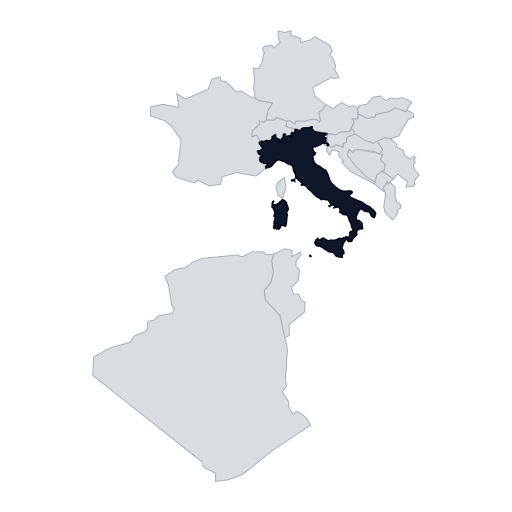 Italy and the surrounding countries
{"feature_id": "ITA", "entity_name": "Italy", "entity_type": "country or territory", "adm_level": 0, "iso_a3": "ITA", "parent_name": "Europe", "parent_adm1": "", "projection": "natural_earth1", "projection_center": [11.757, 41.885], "detail": "fine", "context": "with_neighbors", "style": "filled", "palette": "ink", "viewbox_px": 512, "rotation_deg": 0, "n_neighbors": 14, "source": "natural_earth", "source_scale": "50m", "svg_char_len": 11611}
<svg xmlns="http://www.w3.org/2000/svg" viewBox="0 0 512 512"><path d="M254.5,97.4L258.9,100.6L272.7,102.9L267.7,111.3L266.3,120.1L263.6,122.2L259.2,121.1L259.5,124.2L252.2,131.2L251.9,136.8L256.6,134.8L259.8,140.3L259.4,143.8L262.2,148.5L258.7,152.3L261.0,161.9L266.4,163.5L265.1,168.9L256.0,176.0L236.5,172.6L222.0,176.7L220.6,184.2L209.0,185.9L198.0,180.2L194.3,182.9L176.2,177.2L172.5,172.3L178.0,164.8L181.2,140.0L171.9,127.0L165.1,120.7L150.6,116.0L150.3,107.0L163.0,104.3L179.0,107.5L176.8,93.6L185.5,98.9L208.3,89.3L211.7,79.3L220.1,76.9L221.3,81.1L225.7,81.3L236.4,92.0L241.4,91.0L251.7,97.7L254.5,97.4ZM278.0,182.3L284.4,177.5L286.0,188.2L282.6,198.0L278.1,195.4L275.9,186.9L278.0,182.3Z" fill="#d9dde1" stroke="#a8b0b8" stroke-width="1"/><path d="M284.2,338.3L279.9,315.5L265.1,299.7L264.3,290.1L270.7,283.0L273.2,272.6L271.7,260.5L273.9,254.0L285.0,248.8L292.2,250.4L291.8,256.8L300.5,252.1L301.2,254.5L296.1,260.8L296.0,266.6L299.5,269.8L298.2,280.8L291.4,287.1L293.3,294.1L298.6,294.3L301.2,300.3L305.1,302.3L304.5,312.1L289.1,324.7L289.3,335.3L284.2,338.3Z" fill="#d9dde1" stroke="#a8b0b8" stroke-width="1"/><path d="M92.7,375.3L93.7,356.9L111.0,347.6L130.3,342.2L134.5,335.8L146.9,330.8L147.8,321.4L153.8,320.3L158.7,315.6L172.4,313.4L174.4,308.5L171.8,305.8L168.4,284.6L164.9,276.5L175.0,269.6L186.2,267.4L192.8,262.1L202.8,258.3L237.1,255.0L242.2,256.9L251.9,251.9L262.8,251.8L266.9,254.7L273.9,254.0L271.7,260.5L273.2,272.6L270.7,283.0L264.3,290.1L265.1,299.7L279.9,315.5L287.5,349.5L285.5,378.6L286.4,386.6L282.2,391.9L288.4,401.2L288.7,406.6L292.5,413.7L297.5,411.4L305.8,417.3L310.5,425.2L273.9,449.4L242.7,474.4L227.6,480.0L215.6,481.3L215.6,473.2L204.1,467.5L201.6,461.6L92.7,375.3Z" fill="#d9dde1" stroke="#a8b0b8" stroke-width="1"/><path d="M358.1,108.1L357.8,118.9L352.3,119.0L354.3,121.6L349.4,131.7L340.9,132.0L336.0,134.8L313.9,130.7L311.8,126.4L302.1,128.5L301.0,130.9L285.8,126.5L286.9,121.3L289.9,120.6L294.8,124.0L296.2,120.8L304.7,121.3L311.6,119.1L316.3,119.5L319.3,122.0L320.2,119.9L318.8,111.9L322.3,110.3L325.6,104.6L332.8,108.6L341.5,102.6L349.1,106.4L353.6,105.8L358.1,108.1Z" fill="#d9dde1" stroke="#a8b0b8" stroke-width="1"/><path d="M407.6,110.2L413.1,113.6L414.0,116.9L408.2,119.5L398.4,136.3L390.6,138.6L384.5,138.0L373.5,143.2L365.4,140.8L354.8,133.9L352.8,129.7L351.2,129.6L354.3,121.6L352.3,119.0L357.8,118.9L358.4,113.9L367.0,118.4L375.1,116.9L375.8,114.4L389.8,111.4L395.1,107.7L405.6,111.5L407.6,110.2Z" fill="#d9dde1" stroke="#a8b0b8" stroke-width="1"/><path d="M330.0,45.4L332.3,51.5L329.7,54.7L333.1,59.0L335.6,65.5L334.9,69.6L338.9,77.4L334.7,78.6L332.1,77.2L312.5,87.6L315.2,96.4L325.6,104.6L322.3,110.3L318.8,111.9L320.2,119.9L319.3,122.0L316.3,119.5L311.6,119.1L304.7,121.3L296.2,120.8L294.8,124.0L289.9,120.6L286.9,121.3L276.6,117.5L274.6,120.2L266.3,120.1L267.7,111.3L272.7,102.9L258.9,100.6L254.5,97.4L255.1,92.1L253.3,89.3L254.6,81.1L253.4,68.3L259.0,68.3L261.5,63.8L264.2,52.7L262.5,48.7L264.4,46.1L272.2,45.5L273.9,48.1L280.3,42.2L278.3,37.7L278.0,31.0L285.0,32.5L290.9,30.7L291.0,35.3L300.4,38.1L300.3,42.4L309.8,40.1L315.0,36.8L330.0,45.4Z" fill="#d9dde1" stroke="#a8b0b8" stroke-width="1"/><path d="M400.8,204.7L400.8,208.0L397.5,209.9L397.1,214.0L392.6,220.1L384.9,212.2L383.8,206.2L385.7,193.7L383.2,187.7L387.3,181.5L388.0,183.9L390.7,182.8L395.3,187.4L395.0,196.3L396.6,201.7L400.8,204.7Z" fill="#d9dde1" stroke="#a8b0b8" stroke-width="1"/><path d="M354.8,133.9L365.4,140.8L373.5,143.2L377.1,141.3L382.9,149.7L379.2,154.4L374.7,151.6L359.4,149.7L354.8,150.0L352.8,152.6L349.2,149.7L347.2,154.9L366.7,177.3L375.6,182.0L374.6,184.1L350.1,171.3L341.6,162.1L343.6,161.1L339.1,155.9L338.8,151.7L332.5,149.7L329.5,155.1L326.6,150.9L327.1,146.4L334.0,146.8L335.7,144.7L342.9,147.0L342.9,143.5L346.2,142.2L347.1,137.2L354.8,133.9Z" fill="#d9dde1" stroke="#a8b0b8" stroke-width="1"/><path d="M286.9,121.3L285.8,126.5L295.1,129.1L294.3,134.2L290.0,136.3L282.8,134.7L280.6,139.7L276.0,140.1L274.3,138.1L268.7,142.4L264.0,143.0L259.8,140.3L256.6,134.8L251.9,136.8L252.2,131.2L259.5,124.2L259.2,121.1L263.6,122.2L266.3,120.1L274.6,120.2L276.6,117.5L286.9,121.3Z" fill="#d9dde1" stroke="#a8b0b8" stroke-width="1"/><path d="M327.9,133.9L336.0,134.8L340.9,132.0L349.4,131.7L351.2,129.6L352.8,129.7L354.8,133.9L347.1,137.2L346.2,142.2L342.9,143.5L342.9,147.0L335.7,144.7L334.0,146.8L327.1,146.4L329.3,145.3L326.9,140.0L327.9,133.9Z" fill="#d9dde1" stroke="#a8b0b8" stroke-width="1"/><path d="M411.8,102.1L405.6,111.5L395.1,107.7L389.8,111.4L375.8,114.4L375.1,116.9L367.0,118.4L358.4,113.9L357.4,109.6L359.4,105.4L366.9,104.3L373.1,97.1L380.4,96.1L385.4,100.5L391.0,97.8L395.6,99.1L402.4,97.4L411.8,102.1Z" fill="#d9dde1" stroke="#a8b0b8" stroke-width="1"/><path d="M375.6,182.0L366.7,177.3L354.4,164.6L347.2,154.9L349.2,149.7L352.8,152.6L354.8,150.0L359.4,149.7L382.8,154.3L380.5,159.8L385.4,164.6L384.2,170.5L376.9,175.1L375.6,182.0Z" fill="#d9dde1" stroke="#a8b0b8" stroke-width="1"/><path d="M377.1,141.3L384.5,138.0L390.6,138.6L396.1,143.5L397.4,147.4L403.5,150.4L404.4,155.5L410.3,159.1L413.3,156.3L415.8,157.9L413.6,160.0L415.5,162.2L413.2,165.0L414.3,169.6L419.3,175.0L415.7,178.9L414.2,182.9L415.3,184.4L413.8,186.1L405.8,187.1L407.6,181.6L397.8,174.2L392.4,180.0L393.2,178.9L381.8,171.1L384.2,170.5L385.4,164.6L380.5,159.8L382.8,154.3L379.2,154.4L382.9,149.7L377.1,141.3Z" fill="#d9dde1" stroke="#a8b0b8" stroke-width="1"/><path d="M393.2,178.9L388.0,183.9L387.3,181.5L383.2,187.7L383.9,191.7L374.6,184.1L376.9,175.1L381.8,171.1L393.2,178.9Z" fill="#d9dde1" stroke="#a8b0b8" stroke-width="1"/><path d="M261.6,141.1L262.6,141.7L264.6,141.3L266.6,140.4L269.1,141.1L271.1,140.0L271.3,139.5L272.4,138.2L272.4,137.8L272.0,137.0L272.1,136.8L273.5,135.9L274.2,135.2L274.9,134.7L275.4,134.6L275.6,135.2L275.5,136.7L275.7,137.1L277.5,138.8L279.2,139.2L279.3,139.4L278.8,140.2L279.8,141.2L280.0,141.9L280.5,142.3L281.2,142.1L281.4,141.7L280.9,140.4L281.0,140.0L281.2,139.5L283.0,137.5L283.4,136.6L283.5,134.3L284.0,134.0L285.2,134.2L285.7,135.8L286.1,136.4L287.2,136.5L289.6,135.6L290.2,135.7L291.1,137.2L291.5,137.3L292.0,137.2L291.8,135.7L291.6,135.0L291.2,134.6L291.1,134.2L291.6,132.7L292.7,132.5L293.4,133.2L294.3,133.4L295.0,133.4L295.1,132.9L295.1,132.5L294.7,131.9L294.7,131.1L295.2,129.5L297.5,129.7L298.2,130.3L298.9,130.6L300.5,130.5L300.8,130.3L301.2,129.5L301.8,128.6L302.9,128.1L305.7,127.8L308.1,128.0L311.9,126.8L312.2,126.9L312.2,127.0L311.5,128.0L311.8,128.6L312.9,129.8L314.1,131.5L315.0,131.8L321.7,133.1L324.8,133.3L326.9,133.7L326.7,134.4L325.5,135.0L324.0,136.2L323.8,136.9L324.0,137.4L324.2,137.5L324.5,137.4L324.9,137.5L326.2,138.0L326.3,138.2L326.1,138.5L324.8,139.7L324.8,140.3L325.1,140.5L325.9,140.4L326.1,140.7L325.7,142.2L325.8,142.5L326.6,142.8L327.2,143.1L328.2,144.2L328.7,145.0L328.4,145.2L327.7,145.4L327.2,145.3L327.8,144.8L326.2,143.0L325.6,143.0L324.6,143.8L322.1,143.0L321.6,143.3L321.3,143.9L320.4,144.7L319.1,145.0L317.8,145.8L315.2,146.9L314.5,146.8L315.6,145.8L315.1,145.8L313.8,146.5L313.0,147.1L312.5,149.6L313.1,150.0L314.2,152.1L315.5,153.0L314.9,154.5L314.1,155.1L313.4,154.7L313.0,154.7L312.8,156.1L313.3,159.7L314.2,162.3L315.1,163.4L317.1,165.2L319.3,166.1L323.1,169.0L325.3,170.0L325.8,170.5L327.1,172.7L328.2,175.4L329.5,179.5L330.3,181.5L332.1,183.8L335.7,187.1L338.9,189.5L342.0,191.0L344.3,191.3L349.9,190.9L350.9,191.1L351.9,191.5L352.2,192.5L351.8,193.2L350.7,193.9L349.5,194.9L349.4,196.3L350.5,197.3L355.9,199.8L361.5,202.0L363.2,203.1L365.3,204.7L370.1,207.1L371.0,208.2L374.0,210.7L375.4,212.6L375.6,214.0L375.0,215.5L374.8,216.6L374.3,217.6L373.0,217.2L371.6,216.1L369.3,211.8L365.4,211.4L364.6,211.1L363.2,210.3L363.1,209.8L362.8,209.2L362.4,209.0L360.9,208.9L359.9,209.6L358.7,211.2L357.4,213.6L356.0,217.1L356.0,218.5L356.7,219.9L359.0,220.7L360.8,221.9L362.0,223.2L362.2,226.2L362.7,228.0L362.0,229.0L360.5,228.7L358.5,229.4L357.1,230.5L356.5,231.6L356.7,234.4L356.5,235.4L353.8,237.5L352.5,239.5L351.6,241.4L348.2,241.4L347.4,240.2L347.4,238.4L347.9,237.3L349.2,236.8L350.0,234.5L349.7,232.9L350.1,232.1L350.6,231.6L352.9,231.0L353.0,228.7L351.9,227.7L351.0,223.5L349.2,220.1L348.3,217.0L347.5,215.5L346.5,214.7L344.5,214.7L343.5,214.5L340.0,212.3L339.8,212.0L339.8,211.4L340.4,210.6L340.0,209.4L339.6,208.3L338.9,207.4L338.1,206.9L336.0,207.4L335.1,207.4L334.3,207.8L333.9,207.8L335.1,206.2L334.7,205.8L333.5,205.1L331.4,204.9L331.2,205.3L330.9,205.1L330.9,204.4L329.0,201.1L327.7,199.8L327.1,199.5L325.9,199.8L324.0,199.2L322.8,199.1L321.2,199.7L320.8,199.4L320.6,199.0L318.8,197.6L316.7,196.8L312.4,192.5L311.1,190.9L308.4,189.1L306.7,186.6L305.3,185.6L303.3,184.8L301.8,185.3L301.4,184.9L302.2,184.4L302.0,183.4L299.8,180.9L298.4,180.1L297.5,178.4L296.9,178.2L296.3,178.2L295.6,178.0L295.8,175.9L295.6,175.1L294.9,173.0L293.7,171.2L293.0,166.9L292.4,165.8L291.0,164.9L287.9,163.8L283.6,161.1L282.6,161.1L280.0,160.0L278.4,159.8L276.3,160.8L273.7,163.4L271.6,166.1L270.8,166.6L268.1,167.6L265.7,168.0L265.6,166.8L267.3,164.7L267.6,164.1L267.2,163.0L266.9,163.0L264.6,163.5L264.1,163.4L260.6,161.6L260.0,160.9L259.8,160.2L259.9,159.8L259.5,158.7L260.7,156.6L261.1,156.5L261.4,156.2L261.0,154.8L260.5,154.4L259.1,154.1L258.5,153.6L258.4,153.0L258.1,152.3L257.6,151.8L257.5,151.2L258.1,150.8L259.6,150.9L261.0,149.9L262.0,149.6L262.4,148.3L262.7,147.9L262.7,147.6L261.4,146.4L260.9,145.4L260.1,144.3L259.4,143.8L259.3,143.4L259.3,142.9L259.4,142.5L260.8,141.8L261.6,141.1ZM315.1,166.3L315.4,165.7L315.3,165.2L314.7,165.3L314.2,165.9L314.5,166.4L315.1,166.3ZM346.7,237.8L345.7,239.8L343.3,243.3L342.6,245.8L341.9,247.5L342.1,249.0L343.3,250.2L342.7,250.6L343.9,252.1L344.0,252.6L344.0,253.1L342.9,254.1L342.4,254.7L342.2,255.3L342.1,256.0L342.2,256.6L342.2,257.2L341.0,257.2L339.9,256.8L338.7,256.9L335.9,255.8L334.5,253.6L333.4,252.7L332.2,252.0L329.8,252.0L328.7,251.6L326.6,250.1L324.2,248.9L322.3,247.2L321.0,246.9L319.8,246.1L317.5,246.0L316.9,245.8L315.7,244.8L314.8,242.9L315.9,239.9L317.1,239.3L317.8,238.3L319.0,239.8L319.5,240.2L320.1,240.1L321.0,239.6L321.1,239.0L322.2,238.2L323.5,238.2L324.1,238.3L324.4,239.0L325.5,239.3L327.5,240.6L328.6,240.9L330.0,240.3L331.2,240.1L333.6,240.4L334.9,240.1L335.8,240.0L337.1,239.5L338.2,238.7L338.7,238.5L340.6,238.5L342.0,238.7L342.6,238.5L343.1,237.9L343.7,237.7L344.3,237.9L345.9,236.9L346.6,236.9L347.3,237.2L346.7,237.8ZM286.6,204.2L287.1,205.0L288.2,208.3L288.3,209.0L287.8,210.3L286.6,212.0L286.8,213.3L287.2,214.2L287.3,215.1L287.0,216.3L286.3,223.5L285.7,225.9L285.0,226.2L282.7,225.2L281.6,225.5L280.6,224.9L280.3,227.4L279.7,228.4L278.8,229.1L278.0,229.1L277.2,228.9L276.5,228.9L275.9,228.4L274.2,225.4L274.0,221.9L274.5,220.9L274.7,219.8L274.6,218.9L274.8,218.5L275.2,218.9L275.5,218.7L275.6,217.4L275.1,216.6L274.2,216.4L274.1,215.6L274.2,214.9L274.7,214.4L274.8,213.7L274.9,211.7L274.3,210.9L274.0,209.8L273.7,209.0L272.1,207.1L272.0,205.6L272.5,203.8L273.3,204.5L273.9,204.7L274.9,204.8L276.0,204.6L278.5,203.4L280.3,201.4L281.4,200.9L281.9,200.4L282.1,199.7L282.6,199.5L283.1,200.2L283.8,200.3L284.9,200.9L285.7,202.1L286.4,202.5L286.5,202.7L286.2,202.8L285.8,203.6L286.6,204.2ZM294.4,179.4L294.7,179.9L294.7,180.2L294.5,180.5L294.6,181.2L293.8,180.6L292.5,180.9L291.7,180.9L291.5,180.3L291.7,180.0L292.9,179.9L293.3,179.8L294.0,179.8L294.4,179.4ZM274.8,227.1L274.2,228.4L273.6,227.5L273.6,226.7L274.8,227.1ZM273.5,202.0L272.8,202.8L272.3,202.8L272.9,201.5L273.5,201.2L273.7,201.5L273.5,202.0ZM310.9,256.4L310.4,256.5L309.8,256.1L309.7,255.5L309.9,255.3L310.6,255.5L310.9,256.4ZM330.0,206.3L329.4,206.6L329.1,206.4L329.0,206.2L329.1,205.7L330.0,206.0L330.0,206.3Z" fill="#0f172a" stroke="#020617" stroke-width="1.5"/></svg>